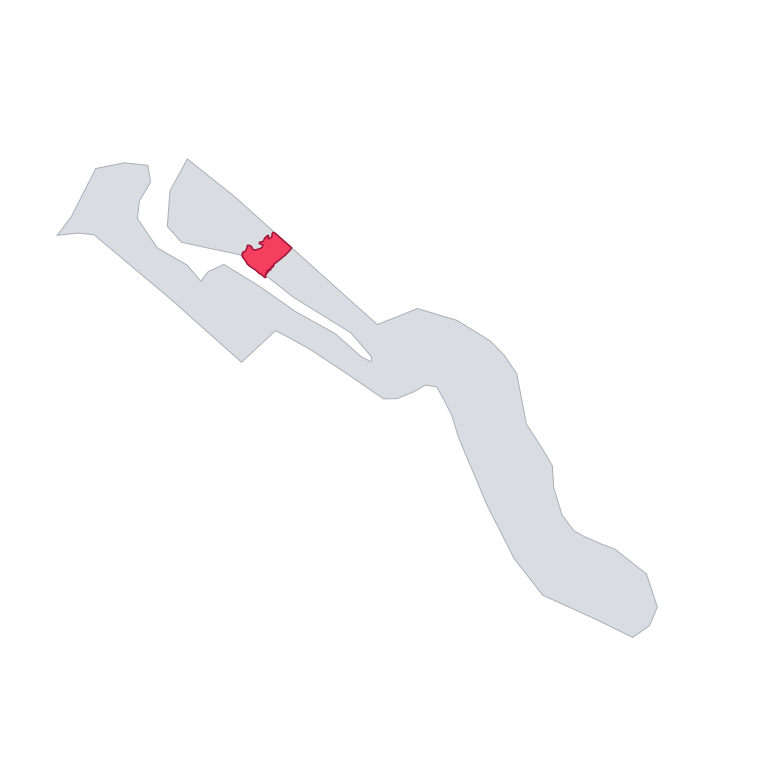 Lower Badibu, North Bank, Gambia (highlighted), rotated 41°
{"feature_id": "56634734B14945153011857", "entity_name": "Lower Badibu", "entity_type": "district", "adm_level": 2, "iso_a3": "GMB", "parent_name": "Gambia", "parent_adm1": "North Bank", "projection": "robinson", "projection_center": [-16.054, 13.517], "detail": "fine", "context": "in_parent", "style": "filled", "palette": "rose", "viewbox_px": 768, "rotation_deg": 41, "n_neighbors": 0, "source": "geoboundaries", "source_scale": "gbopen_adm2", "svg_char_len": 4071}
<svg xmlns="http://www.w3.org/2000/svg" viewBox="0 0 768 768"><g transform="rotate(41 384 384)"><path d="M88.0,343.2L148.7,340.6L222.2,341.7L302.2,343.0L340.0,343.5L359.8,305.1L397.4,288.1L436.0,281.8L456.0,283.5L477.3,289.1L517.9,320.9L543.3,328.1L564.7,335.3L580.0,350.8L604.3,366.1L623.4,370.2L634.8,367.9L653.7,362.0L666.2,357.2L706.8,355.2L736.6,373.0L742.9,392.3L738.0,412.1L697.9,422.7L642.4,439.3L596.5,430.3L540.6,407.6L507.9,391.4L494.3,384.9L473.9,374.6L456.1,363.4L438.9,356.3L425.8,351.7L416.1,357.5L411.2,371.2L403.4,386.5L393.5,395.5L346.6,400.9L304.6,406.5L282.1,411.3L267.0,414.9L262.3,461.0L214.7,460.5L167.9,459.9L119.4,460.7L67.2,461.6L53.9,471.0L39.8,486.2L38.3,463.2L25.1,410.5L42.9,387.5L62.3,373.9L75.4,384.8L79.3,406.2L89.3,420.9L123.6,430.0L157.5,423.4L178.3,426.5L177.6,414.6L184.7,398.8L225.8,392.0L269.4,387.5L314.1,378.0L349.2,378.4L359.6,375.7L357.1,371.7L325.6,367.1L258.5,378.0L190.2,381.2L138.3,409.9L117.1,407.2L95.7,378.6L88.0,343.2Z" fill="#d9dde1" stroke="#a8b0b8" stroke-width="1"/><path d="M225.3,341.8L224.9,341.7L222.2,341.7L220.0,341.7L215.3,341.7L213.2,341.7L212.8,341.7L205.4,341.7L202.4,341.7L202.0,341.8L201.9,341.9L201.6,342.1L201.2,342.1L200.7,342.5L200.7,343.0L201.1,344.3L201.3,344.6L201.7,344.9L201.8,345.0L202.2,345.5L202.3,345.6L202.7,346.4L202.6,347.4L202.6,347.7L202.6,347.9L202.2,348.9L202.0,349.5L201.8,349.7L201.6,349.9L201.2,349.9L200.8,349.8L200.5,349.4L200.3,348.7L199.9,348.1L199.7,347.8L199.4,347.8L199.1,348.0L198.9,348.2L198.6,348.6L198.6,349.1L198.5,349.5L198.5,350.1L198.5,350.4L198.4,350.7L198.3,351.5L198.3,352.1L198.4,352.6L198.4,352.8L198.5,353.2L199.1,354.7L199.2,354.9L199.2,355.1L199.1,355.4L199.1,355.7L198.9,356.1L198.4,356.7L197.4,358.2L197.3,358.6L197.2,359.0L197.3,359.2L197.5,359.5L198.0,359.8L198.8,359.7L199.7,359.1L200.1,359.0L200.7,358.8L201.0,358.5L201.5,358.7L201.7,359.1L201.8,359.3L202.2,360.6L202.1,361.1L202.1,361.4L202.1,361.6L201.5,363.3L201.0,364.0L200.6,364.7L200.0,365.7L199.6,366.2L199.3,366.6L198.8,367.2L198.7,367.3L198.5,367.6L198.4,367.6L198.0,367.9L197.8,368.0L197.4,368.2L197.1,368.3L196.3,368.2L194.9,367.6L194.7,367.5L194.0,367.2L192.9,367.3L192.4,367.3L191.9,367.6L191.2,367.9L190.1,368.8L190.0,369.1L190.0,369.3L190.3,369.7L190.6,370.0L191.2,371.0L191.4,371.6L191.5,372.2L191.6,372.4L191.7,372.8L192.0,373.4L192.0,373.8L192.0,374.4L191.8,375.8L191.8,376.1L191.4,376.4L191.0,376.9L191.2,377.4L191.3,377.7L191.6,378.5L191.6,379.2L191.9,379.5L192.1,379.6L192.4,379.8L193.2,380.1L193.3,380.1L194.0,380.6L194.2,380.8L194.3,381.0L194.7,381.2L195.5,381.4L195.8,381.4L196.9,381.5L197.9,381.7L200.0,382.4L201.0,382.8L202.1,383.1L202.6,383.2L205.2,383.2L206.7,383.0L207.6,382.8L208.7,382.8L209.6,382.6L210.1,382.6L210.3,382.4L212.2,382.4L212.9,382.2L215.2,382.4L216.8,382.5L217.1,382.5L217.4,382.4L218.2,382.2L219.0,382.0L219.1,381.9L219.5,381.9L221.4,381.8L222.1,381.8L223.8,381.9L224.3,381.7L224.9,381.1L224.3,380.6L223.9,380.3L223.5,380.0L223.0,379.7L222.8,379.3L222.9,378.8L223.3,378.0L223.2,377.9L222.9,377.7L222.4,377.6L222.2,377.0L222.1,376.5L222.1,376.2L222.5,376.5L222.8,376.4L223.0,376.2L222.9,375.7L222.6,375.5L222.9,375.1L222.9,374.8L222.7,374.7L222.3,375.2L221.9,375.1L221.7,375.1L221.8,374.7L222.1,374.5L222.2,374.4L222.4,374.0L222.4,373.7L222.1,373.6L222.0,372.8L222.2,372.6L222.3,372.7L222.5,373.0L223.1,373.0L223.3,372.9L223.1,372.7L222.8,372.7L222.7,372.4L222.8,372.4L223.0,372.4L223.3,372.5L223.4,372.3L223.4,372.2L223.2,371.9L223.3,371.5L223.1,371.3L222.6,371.0L222.2,369.9L222.3,369.8L222.3,369.6L222.5,369.7L222.7,370.0L222.8,370.0L223.0,369.9L223.0,369.7L222.9,369.4L223.2,369.2L223.3,369.0L223.3,368.9L223.0,368.7L222.8,368.3L222.9,368.0L223.3,367.7L223.1,367.1L223.0,366.8L222.6,366.9L222.3,366.6L222.3,366.4L222.6,366.1L222.3,365.5L222.4,364.9L222.8,363.5L222.9,363.1L223.0,362.8L223.1,362.3L223.2,361.2L223.7,358.8L223.8,358.7L223.8,358.4L224.3,355.6L224.3,355.3L224.6,353.5L224.9,352.3L225.1,350.1L225.1,347.9L225.1,347.7L225.3,344.8L225.3,344.4L225.3,343.8L224.9,341.8L225.3,341.8Z" fill="#f43f5e" stroke="#9f1239" stroke-width="1.5"/></g></svg>